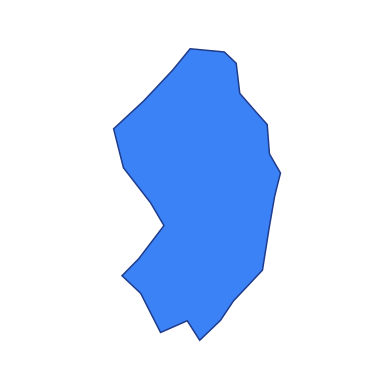 outline of Agios Vasileios, Cyprus, rotated 118°
{"feature_id": "46923920B32976107487407", "entity_name": "Agios Vasileios", "entity_type": "district", "adm_level": 2, "iso_a3": "CYP", "parent_name": "Cyprus", "parent_adm1": "", "projection": "robinson", "projection_center": [33.19, 35.212], "detail": "fine", "context": "isolated", "style": "filled", "palette": "blue", "viewbox_px": 384, "rotation_deg": 118, "n_neighbors": 0, "source": "geoboundaries", "source_scale": "gbopen_adm2", "svg_char_len": 486}
<svg xmlns="http://www.w3.org/2000/svg" viewBox="0 0 384 384"><g transform="rotate(118 192 192)"><path d="M66.4,260.9L93.0,266.2L108.3,270.3L134.2,277.4L173.0,290.9L202.8,263.9L221.0,223.5L234.8,201.0L275.9,207.7L298.8,214.5L305.6,189.7L330.8,153.8L307.9,135.8L319.3,115.6L291.9,106.6L269.0,104.3L227.9,93.1L187.8,106.9L157.1,117.0L133.7,122.8L122.0,141.5L97.1,157.3L91.3,173.1L82.5,196.1L57.6,213.4L53.2,229.2L66.4,260.9Z" fill="#3b82f6" stroke="#1e3a8a" stroke-width="1.5"/></g></svg>